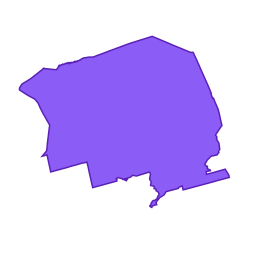 the district of Popes pag., Ventspils, Latvia, rotated 162°
{"feature_id": "27541924B60510236800280", "entity_name": "Popes pag.", "entity_type": "district", "adm_level": 2, "iso_a3": "LVA", "parent_name": "Latvia", "parent_adm1": "Ventspils", "projection": "natural_earth1", "projection_center": [21.892, 57.437], "detail": "fine", "context": "isolated", "style": "filled", "palette": "violet", "viewbox_px": 256, "rotation_deg": 162, "n_neighbors": 0, "source": "geoboundaries", "source_scale": "gbopen_adm2", "svg_char_len": 4560}
<svg xmlns="http://www.w3.org/2000/svg" viewBox="0 0 256 256"><g transform="rotate(162 128 128)"><path d="M76.7,207.7L77.7,207.7L88.1,207.8L100.8,207.9L118.7,207.2L128.7,206.7L135.1,206.5L136.1,206.4L137.6,206.3L139.5,206.3L143.3,207.5L148.5,208.3L150.9,208.1L151.3,207.9L152.2,207.5L153.1,207.6L154.0,207.3L155.4,207.2L155.4,207.3L155.6,207.2L155.6,207.3L155.9,207.3L156.0,207.3L156.3,207.1L156.5,207.2L156.4,207.0L156.5,207.0L156.8,207.3L157.1,207.1L157.5,207.1L157.4,207.3L157.6,207.3L157.8,207.5L157.9,207.3L157.9,207.2L158.0,207.2L158.3,207.3L158.2,207.4L158.3,207.5L158.5,207.6L158.7,207.4L158.8,207.3L159.0,207.4L159.3,207.6L159.6,207.5L159.8,207.3L160.0,207.3L160.1,207.2L160.3,207.3L160.4,207.5L160.5,207.6L160.4,207.6L160.7,207.6L161.0,207.5L161.4,207.7L161.5,207.6L161.6,207.8L161.8,207.8L161.7,207.7L161.8,207.6L162.0,207.7L162.1,207.8L162.2,207.7L162.3,207.7L162.5,207.7L162.4,207.9L162.6,207.9L162.9,207.9L162.9,208.0L163.1,208.0L163.3,208.1L163.3,207.9L163.5,207.9L163.6,207.7L163.7,207.8L163.8,207.9L164.1,207.8L164.1,207.7L164.2,207.8L164.3,207.7L164.5,207.8L164.7,208.0L164.8,207.9L164.7,208.1L165.1,208.2L165.3,208.1L165.4,208.3L165.5,208.4L165.8,208.5L165.7,208.6L165.8,208.6L166.0,208.5L166.3,208.7L166.5,208.6L166.8,208.6L167.0,208.6L167.3,208.7L167.5,208.5L167.8,208.7L168.0,208.4L168.3,208.5L168.5,208.5L168.7,208.4L168.9,208.5L169.1,208.5L169.3,208.6L169.6,208.5L169.8,208.5L170.0,208.6L170.3,208.6L170.4,208.8L170.5,208.7L170.4,208.6L170.5,208.5L170.9,208.6L171.0,208.7L171.3,208.6L171.5,208.6L171.9,208.7L172.0,208.5L172.3,208.5L172.8,208.5L172.7,208.5L172.8,208.3L173.0,208.3L173.0,208.2L173.1,208.4L173.3,208.4L173.4,208.5L173.5,208.5L173.8,208.5L173.7,208.6L173.7,208.8L173.8,208.8L173.9,208.6L174.1,208.8L174.2,208.7L174.3,208.6L174.5,208.5L174.6,208.3L174.9,208.2L174.9,207.9L175.3,207.6L175.6,207.5L175.9,207.0L176.3,206.8L176.4,206.6L176.6,206.5L177.1,206.3L177.4,206.1L178.1,205.5L189.2,210.4L189.4,210.8L190.2,210.9L190.9,210.3L200.6,206.7L206.1,204.7L207.5,204.4L210.4,203.7L214.8,202.7L215.3,202.5L217.2,201.0L217.4,200.8L218.8,199.6L219.5,197.8L218.2,196.2L214.4,191.5L211.2,187.9L209.5,186.2L207.7,184.3L205.8,179.5L205.8,179.4L205.3,174.3L204.7,170.6L204.6,169.7L203.3,163.2L201.6,155.0L205.1,147.6L206.5,144.5L207.6,142.2L208.7,139.8L208.8,139.7L211.0,134.5L211.8,132.8L212.6,131.3L218.3,127.7L213.3,127.4L215.1,110.1L199.2,109.3L196.6,109.2L195.8,109.3L187.8,108.9L181.3,108.7L180.6,108.4L177.6,108.3L178.0,102.8L178.4,99.6L179.7,85.5L180.0,82.2L155.0,81.0L154.8,82.7L154.5,82.7L154.7,83.6L154.1,83.5L152.7,84.0L150.8,82.5L149.3,81.7L148.7,80.6L148.0,80.4L146.0,78.4L144.6,79.4L146.2,80.6L142.1,80.4L139.8,80.8L138.5,81.6L138.3,81.6L134.7,79.7L131.8,79.7L121.4,79.5L120.9,78.5L121.0,76.9L121.9,75.3L123.2,73.0L123.2,72.8L123.1,71.8L123.0,71.6L122.9,71.3L122.7,70.5L122.7,69.7L122.7,69.3L122.8,69.1L123.1,68.6L123.8,67.4L124.2,66.9L124.2,66.7L124.1,66.2L123.5,65.9L121.6,64.8L121.3,64.6L121.2,64.0L121.4,63.8L121.4,63.2L121.6,62.9L121.9,62.4L121.9,62.2L120.4,61.7L120.2,61.5L120.2,61.3L120.2,61.1L120.7,59.9L120.7,59.7L119.9,58.8L119.3,58.0L118.9,57.3L118.9,57.0L118.9,56.7L118.9,56.1L119.0,55.9L119.1,55.1L119.2,54.9L119.4,54.7L120.6,54.0L122.4,51.7L122.6,51.6L122.9,51.6L123.7,51.3L124.9,50.9L126.2,51.2L126.6,51.2L127.6,50.7L127.9,50.4L128.5,49.8L129.1,49.4L130.0,48.0L131.1,47.4L131.4,47.1L131.4,46.7L131.0,46.5L130.9,46.3L130.5,45.6L130.3,45.4L129.9,45.1L129.6,45.5L129.3,46.3L128.0,46.3L127.2,46.3L126.0,46.4L124.4,46.2L124.4,48.5L122.8,49.7L119.3,52.0L114.3,53.3L111.4,55.7L98.8,55.0L98.5,55.7L98.1,55.9L94.3,56.1L94.6,53.1L94.7,52.1L63.9,50.5L60.0,50.4L46.9,49.7L46.9,51.5L46.6,51.9L48.3,58.8L53.9,59.0L63.5,59.4L65.6,59.6L67.7,59.6L67.0,62.5L62.8,61.9L62.8,62.6L63.1,63.1L63.3,63.2L63.6,63.3L63.9,63.6L64.5,64.3L64.9,64.5L65.1,64.9L64.9,65.7L64.3,66.7L64.3,67.0L64.5,67.2L65.3,67.5L65.5,68.0L65.7,68.6L65.9,68.8L66.1,69.2L66.2,69.8L65.6,70.4L64.8,70.8L64.5,71.3L64.0,71.6L63.0,72.6L62.6,73.0L62.0,73.3L57.6,75.5L51.9,74.9L51.6,74.9L51.4,75.0L50.9,75.4L50.2,76.0L49.5,76.3L49.2,76.5L49.3,77.3L48.5,78.5L47.6,79.0L47.3,79.5L46.2,85.6L47.3,90.1L46.7,90.6L46.3,92.5L47.0,94.2L46.2,94.9L39.4,100.3L37.9,101.3L37.6,105.3L36.7,114.2L36.7,114.4L36.6,115.0L36.7,115.3L36.6,116.5L36.5,117.7L37.5,129.0L37.4,129.0L37.5,129.9L38.3,130.0L38.5,132.6L38.4,135.5L38.1,135.6L38.7,143.1L39.4,149.7L39.6,151.5L40.8,162.7L40.9,164.5L41.4,168.7L41.5,170.2L42.2,176.1L42.3,176.7L42.4,177.2L42.4,178.6L42.9,180.0L44.8,180.4L45.2,180.6L60.9,194.0L65.2,197.8L76.7,207.7Z" fill="#8b5cf6" stroke="#5b21b6" stroke-width="1.5"/></g></svg>